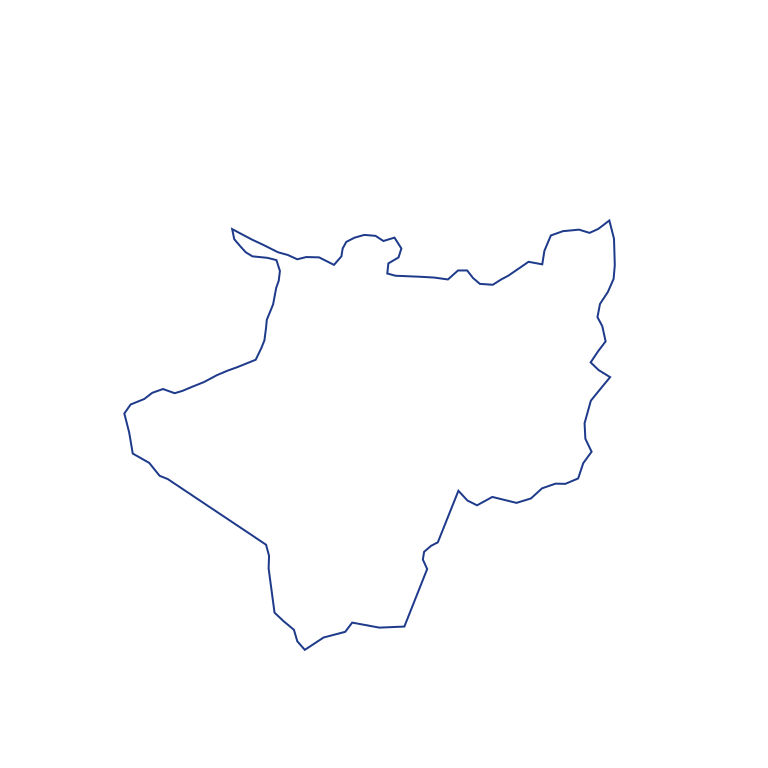 outline of Ouro Verde de Goiás, Goiás, Brazil, rotated 35°
{"feature_id": "56859067B9347116890532", "entity_name": "Ouro Verde de Goiás", "entity_type": "district", "adm_level": 2, "iso_a3": "BRA", "parent_name": "Brazil", "parent_adm1": "Goiás", "projection": "albers", "projection_center": [-49.231, -16.245], "detail": "fine", "context": "isolated", "style": "outline", "palette": "blue", "viewbox_px": 768, "rotation_deg": 35, "n_neighbors": 0, "source": "geoboundaries", "source_scale": "gbopen_adm2", "svg_char_len": 1629}
<svg xmlns="http://www.w3.org/2000/svg" viewBox="0 0 768 768"><g transform="rotate(35 384 384)"><path d="M539.8,571.0L525.5,510.8L516.5,505.5L513.1,498.4L515.4,489.5L518.9,482.8L506.2,428.8L519.2,431.6L529.8,430.0L537.5,414.4L560.7,405.4L570.0,393.5L573.3,378.8L581.6,367.3L589.8,361.8L597.2,350.0L592.6,334.5L592.9,320.4L580.4,313.4L570.8,301.1L563.0,279.0L564.3,261.0L565.3,248.7L552.0,249.5L540.9,247.8L540.6,234.3L541.1,222.0L529.6,211.4L520.5,206.8L515.0,194.5L514.6,180.2L511.8,166.2L504.9,154.3L489.1,133.1L474.8,120.8L470.5,134.2L465.7,142.3L455.2,145.7L442.9,156.2L435.5,166.6L439.0,182.9L445.0,195.2L432.3,201.0L423.7,224.0L420.1,231.0L416.2,240.3L405.1,247.0L396.1,246.1L387.0,243.3L379.5,248.6L376.4,261.7L364.1,268.0L352.3,275.3L338.2,284.3L331.4,288.7L323.3,291.6L318.4,282.7L323.3,272.0L320.5,263.0L308.6,258.1L301.5,267.2L292.1,267.5L282.3,273.2L275.9,281.1L271.6,289.2L272.4,296.7L275.9,303.9L274.7,315.1L258.2,317.5L247.5,324.6L241.4,331.6L231.1,333.5L221.6,336.9L205.2,339.3L193.2,341.4L183.8,342.6L170.8,344.2L178.3,351.3L187.7,353.7L195.2,355.4L203.0,354.9L216.0,347.6L224.8,344.2L233.9,351.1L238.5,359.7L240.6,367.2L247.5,382.4L251.2,398.7L255.2,405.7L261.0,416.8L262.9,424.9L265.0,437.7L254.0,454.6L248.0,463.1L242.0,472.7L235.4,485.7L228.4,496.4L222.8,505.3L217.8,511.6L205.8,514.9L199.2,524.2L196.2,533.8L188.2,546.1L188.2,557.1L203.1,569.9L218.1,585.1L237.0,583.3L252.8,587.9L261.4,585.9L379.6,583.3L388.5,590.8L395.3,601.3L425.5,634.1L437.8,635.9L451.2,637.0L460.6,644.5L471.6,647.2L479.9,626.3L494.4,609.2L494.8,597.7L520.0,586.2L539.8,571.0Z" fill="none" stroke="#1e3a8a" stroke-width="2"/></g></svg>